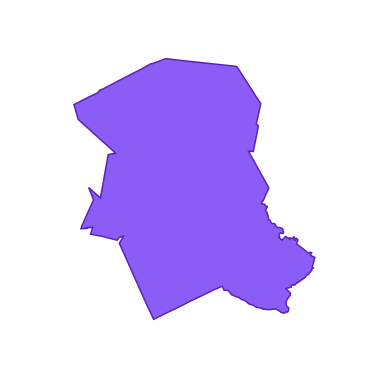 outline of Co Do, Can Tho, Vietnam, rotated 106°
{"feature_id": "81297802B1021983329449", "entity_name": "Co Do", "entity_type": "district", "adm_level": 2, "iso_a3": "VNM", "parent_name": "Vietnam", "parent_adm1": "Can Tho", "projection": "natural_earth1", "projection_center": [105.49, 10.13], "detail": "fine", "context": "isolated", "style": "filled", "palette": "violet", "viewbox_px": 384, "rotation_deg": 106, "n_neighbors": 0, "source": "geoboundaries", "source_scale": "gbopen_adm2", "svg_char_len": 5754}
<svg xmlns="http://www.w3.org/2000/svg" viewBox="0 0 384 384"><g transform="rotate(106 192 192)"><path d="M296.8,162.9L292.4,157.8L289.3,154.3L288.9,153.8L279.3,143.3L278.8,142.7L278.6,142.2L278.3,141.8L274.3,137.0L277.6,134.1L277.1,131.9L276.6,130.0L277.1,129.3L277.7,128.8L278.0,128.4L278.3,127.9L278.6,127.2L279.2,126.6L280.0,125.2L280.0,124.9L279.8,124.4L279.8,124.2L279.8,123.8L280.2,122.8L280.3,122.4L280.4,122.1L280.5,120.9L280.5,119.8L280.4,118.5L280.4,118.1L280.5,117.6L281.0,116.9L281.2,116.4L281.4,115.6L281.6,114.2L281.8,112.7L281.9,111.6L282.2,110.3L282.3,109.9L282.4,109.5L282.7,108.8L283.3,107.9L283.4,107.6L283.6,106.9L283.7,106.6L283.9,106.3L284.0,106.1L284.0,105.8L283.9,105.5L283.9,105.2L284.0,104.5L284.0,103.6L284.0,102.9L283.9,102.4L283.9,102.0L284.2,100.9L284.3,100.6L284.6,100.1L284.9,99.3L285.0,98.9L285.0,98.1L285.0,97.7L284.9,97.0L284.8,96.5L284.7,94.8L284.7,94.0L284.6,93.3L284.7,92.6L285.1,91.6L285.1,91.4L285.0,91.1L284.4,88.7L284.4,87.9L284.3,87.1L284.0,86.3L283.7,85.2L283.2,83.5L282.9,83.0L282.6,82.6L282.3,82.2L282.0,81.5L282.0,81.3L282.1,80.7L281.4,79.7L281.4,79.4L281.4,79.1L281.6,77.9L281.8,77.3L282.4,75.4L282.4,75.0L282.4,74.5L282.6,74.2L283.1,73.6L283.2,72.5L283.2,72.0L283.0,71.4L283.0,71.1L283.3,70.7L283.3,70.4L283.1,70.1L282.6,69.3L282.2,69.0L282.0,68.9L281.6,69.0L281.4,68.9L281.3,68.6L281.3,67.8L281.2,67.5L281.2,67.3L280.9,67.0L280.5,66.8L280.0,66.6L279.5,66.6L278.9,66.6L278.4,66.6L277.7,66.9L277.2,67.1L276.8,67.1L276.6,67.1L276.5,67.3L276.3,68.1L276.1,68.8L275.8,69.2L275.4,69.6L274.6,70.2L273.5,70.7L272.7,71.0L271.6,71.1L270.5,71.1L269.3,71.0L267.8,70.5L266.5,70.0L264.6,69.3L263.9,69.1L263.2,69.2L262.6,69.3L261.9,69.9L261.5,70.5L260.8,71.7L259.0,75.1L258.7,74.8L258.2,74.2L257.8,73.5L257.6,72.9L256.2,70.5L255.9,70.4L255.7,70.4L255.1,70.7L254.8,70.7L254.4,70.5L253.6,70.1L253.4,69.9L253.4,69.5L253.5,67.9L253.3,67.7L253.2,67.6L252.5,67.5L252.3,67.4L251.9,67.0L251.3,66.7L250.7,66.2L249.3,64.8L248.9,64.4L247.3,63.3L246.5,62.6L245.1,61.4L243.2,59.8L242.9,59.6L241.4,59.2L240.9,59.0L240.5,58.8L239.8,58.1L239.0,57.3L238.7,57.1L238.3,56.9L237.8,56.8L237.1,56.8L236.9,56.6L236.5,56.3L236.0,56.0L235.2,55.8L234.7,55.5L234.4,55.4L234.0,55.5L233.6,55.6L233.3,55.6L232.7,55.1L232.1,54.7L231.5,54.4L231.3,55.7L222.1,55.8L221.0,55.9L220.6,58.6L219.8,60.9L219.4,60.8L218.1,60.3L217.8,60.2L217.4,60.2L217.3,60.3L217.4,61.2L217.4,61.9L217.5,62.3L217.6,62.5L217.9,62.7L218.4,63.1L218.6,63.3L218.6,63.6L218.5,63.9L217.9,65.0L217.0,66.9L213.1,77.1L212.3,77.1L211.8,77.2L211.6,77.3L210.9,77.0L209.7,76.8L209.3,76.9L208.9,77.0L208.5,77.3L208.2,77.8L208.0,78.5L207.9,79.0L208.0,79.2L208.1,79.3L208.5,79.3L209.0,79.2L209.5,79.2L209.8,79.3L209.9,79.6L210.0,79.9L209.9,80.2L209.6,80.7L209.1,81.1L208.7,81.2L208.4,81.1L207.8,80.8L207.6,80.8L207.4,80.9L207.1,81.1L207.1,81.4L207.1,81.7L207.2,82.0L207.4,82.1L207.7,82.1L208.1,82.1L208.4,82.1L208.7,82.3L208.9,82.5L209.1,82.9L209.2,83.4L209.2,83.9L209.0,85.2L209.0,85.5L209.3,85.7L209.5,85.8L209.7,85.7L210.3,85.5L210.1,86.2L208.9,89.7L210.2,90.4L211.3,91.0L213.6,92.4L211.5,96.0L210.8,95.5L209.1,96.6L208.6,96.8L208.3,96.8L208.2,96.6L207.8,96.4L207.5,95.8L207.0,95.4L206.9,95.2L207.0,94.0L207.0,93.7L206.9,93.4L206.7,93.3L206.5,92.9L206.4,92.8L206.2,92.9L205.8,93.1L205.7,93.1L205.3,92.9L204.6,93.6L204.4,93.8L204.1,93.9L203.4,94.0L203.2,94.1L202.8,94.5L202.4,95.1L202.2,95.5L202.1,95.9L202.0,96.7L202.0,97.8L202.4,99.3L202.4,99.6L202.4,100.0L202.3,100.5L202.1,101.0L201.6,101.8L201.3,102.1L200.2,103.0L199.9,103.4L199.8,103.7L199.7,104.1L199.7,104.5L200.0,105.4L200.1,105.8L200.1,106.2L200.0,106.8L199.7,107.4L199.6,107.8L199.3,108.0L198.6,108.3L197.8,109.0L197.6,109.3L197.5,109.6L197.5,110.4L197.0,111.0L196.4,111.1L196.1,111.2L194.6,112.0L193.3,112.7L193.1,112.8L192.7,113.6L192.3,113.8L192.0,113.8L191.4,113.8L191.2,114.0L190.7,114.7L190.1,115.5L189.7,116.1L189.1,116.4L188.9,116.5L188.7,116.5L188.2,116.3L188.0,116.1L187.8,115.9L187.6,115.9L187.3,115.8L186.3,116.0L186.1,115.9L185.6,115.6L185.4,115.6L185.2,115.6L185.0,115.8L185.0,116.0L185.1,116.5L185.4,116.8L185.5,116.9L185.5,117.1L185.4,117.4L185.2,117.7L185.0,117.8L184.6,118.0L183.9,118.4L183.9,118.6L184.0,120.3L184.1,121.7L184.0,122.1L181.1,121.8L181.0,121.2L178.0,120.8L173.2,120.3L171.4,119.8L167.0,119.3L163.8,122.3L158.2,127.9L153.1,133.1L147.7,138.4L145.5,140.6L140.8,145.4L137.1,148.9L136.2,144.2L130.9,144.7L122.3,145.3L111.4,146.3L110.4,146.4L110.1,146.5L108.8,148.9L108.7,149.0L108.4,149.1L107.0,149.1L102.5,149.3L91.1,150.0L88.4,150.3L88.1,150.3L81.3,158.2L76.8,163.2L74.2,166.2L70.5,170.4L59.0,183.6L60.4,192.0L66.3,225.8L69.2,242.6L69.4,244.3L70.2,249.1L70.8,252.5L71.1,253.8L71.8,255.1L72.6,256.2L74.7,258.9L79.9,266.0L79.8,266.6L83.6,270.5L84.4,271.2L84.9,271.5L94.3,281.6L105.8,293.8L114.5,302.8L119.2,307.9L119.0,308.4L120.4,309.0L122.7,310.2L123.0,310.4L128.8,317.1L140.5,329.6L140.7,329.4L153.4,321.5L153.7,321.2L157.7,313.1L159.7,308.8L161.0,306.2L162.0,304.4L163.4,301.5L164.7,298.6L165.4,297.3L167.9,292.1L169.1,289.6L169.7,288.3L170.9,286.0L173.0,281.7L175.1,277.5L175.8,276.2L178.4,281.5L179.2,282.8L188.6,281.9L189.8,281.8L207.5,279.9L223.0,278.4L219.1,286.5L216.2,292.6L226.6,284.5L226.9,284.5L242.5,286.8L251.7,288.0L254.5,288.5L257.9,288.6L255.8,282.5L255.1,282.7L253.4,277.7L260.5,277.9L260.0,272.6L259.5,266.9L259.3,264.5L259.2,257.4L259.0,250.7L257.5,250.1L257.1,250.0L256.7,250.0L256.2,249.7L255.7,249.4L255.5,249.1L255.3,248.8L255.2,248.5L254.7,248.1L254.6,247.9L254.6,247.6L254.6,247.3L254.5,247.1L253.9,246.8L253.7,246.6L253.5,246.3L253.3,245.6L261.4,247.7L262.1,247.1L275.0,236.2L303.3,212.5L315.2,202.4L323.4,195.0L324.0,194.6L324.5,194.3L325.0,193.8L316.4,184.4L313.2,180.8L313.0,180.5L304.7,171.3L296.8,162.9Z" fill="#8b5cf6" stroke="#5b21b6" stroke-width="1.5"/></g></svg>